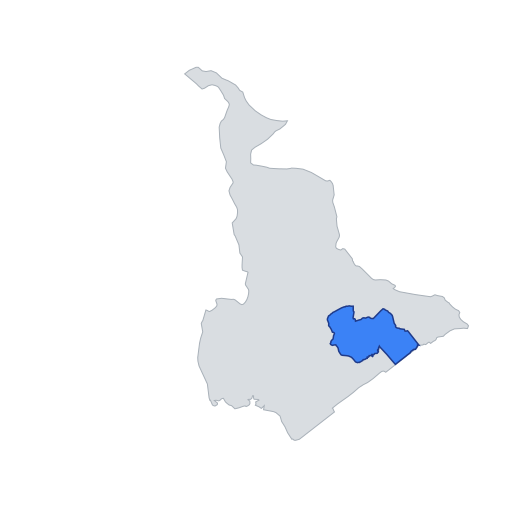 location of Haut-Nyong, Est, Cameroon, rotated 322°
{"feature_id": "32672807B24706785822934", "entity_name": "Haut-Nyong", "entity_type": "district", "adm_level": 2, "iso_a3": "CMR", "parent_name": "Cameroon", "parent_adm1": "Est", "projection": "albers", "projection_center": [13.641, 3.366], "detail": "fine", "context": "in_parent", "style": "filled", "palette": "blue", "viewbox_px": 512, "rotation_deg": 322, "n_neighbors": 0, "source": "geoboundaries", "source_scale": "gbopen_adm2", "svg_char_len": 6167}
<svg xmlns="http://www.w3.org/2000/svg" viewBox="0 0 512 512"><g transform="rotate(322 256 256)"><path d="M130.8,341.4L131.7,338.9L138.9,326.9L143.4,307.6L145.5,303.1L147.6,300.1L157.9,289.9L161.8,286.7L167.3,283.0L171.3,275.5L172.7,274.7L174.4,274.1L183.3,267.7L184.1,269.0L184.7,270.5L185.3,271.2L188.2,271.7L192.1,271.7L194.4,271.2L195.6,270.0L196.8,266.4L197.6,265.8L198.5,265.6L202.8,268.1L209.9,275.1L211.7,276.3L212.5,277.7L214.0,284.0L214.9,285.6L216.4,286.2L219.2,285.8L222.0,284.7L224.6,283.1L227.1,281.0L228.8,279.1L229.5,277.7L229.9,272.5L230.4,271.4L239.7,263.9L239.5,263.2L238.0,261.1L236.6,258.8L238.0,256.4L239.4,254.6L244.8,248.4L245.1,243.8L249.4,236.7L251.9,227.4L252.0,225.6L257.6,215.3L263.4,214.3L265.7,212.9L268.3,210.3L270.0,208.0L270.8,205.7L271.4,201.4L272.4,196.4L273.1,192.0L274.8,188.0L277.8,186.0L282.9,184.3L283.6,183.5L284.4,180.8L285.1,171.9L286.0,168.0L290.7,163.5L292.8,156.6L294.7,149.3L300.1,140.6L306.3,131.8L309.3,129.5L311.7,128.4L314.5,128.3L316.5,127.6L323.2,123.3L326.1,121.8L328.2,120.3L328.7,119.0L328.9,117.1L328.2,112.6L329.4,109.3L330.0,104.1L330.3,100.2L330.1,98.8L328.8,96.5L326.8,94.0L323.4,92.5L318.8,92.1L316.3,91.2L315.4,86.6L315.1,83.7L311.9,68.6L317.8,68.6L324.9,70.4L326.7,71.8L327.6,77.0L330.2,79.9L334.7,82.3L337.5,87.3L338.6,94.9L341.1,99.4L341.7,100.2L345.2,108.7L345.4,112.7L345.1,115.4L346.5,118.7L344.4,124.3L343.7,127.8L343.5,132.7L344.8,141.2L346.9,147.9L349.2,153.2L351.6,157.4L355.7,162.0L360.0,166.2L364.0,168.8L360.3,170.4L353.1,170.6L348.9,169.7L347.0,169.7L345.0,170.3L337.2,171.1L329.5,170.7L322.2,169.7L317.8,169.8L314.5,172.4L311.7,176.2L309.1,179.3L310.0,182.7L312.0,184.5L315.7,188.6L319.1,192.6L320.8,195.3L327.5,201.2L333.9,206.4L337.0,208.2L338.1,208.6L341.6,211.6L346.5,216.5L351.0,224.2L357.2,239.7L358.6,241.0L360.8,241.8L361.0,243.5L360.9,245.9L360.2,247.9L355.2,256.0L350.8,259.1L349.5,261.0L347.9,265.7L343.9,274.9L342.2,276.2L338.2,282.4L335.0,290.3L334.2,291.5L332.9,292.5L328.3,294.5L326.8,295.4L324.4,297.9L324.1,299.5L325.2,301.8L326.5,303.5L328.9,303.6L330.2,305.2L330.2,317.4L329.1,319.3L329.2,320.1L328.6,322.2L328.5,324.5L328.8,325.5L329.7,326.2L331.0,327.9L331.7,331.6L333.3,344.8L334.0,346.9L335.3,348.4L339.4,351.2L343.6,354.9L345.0,357.4L345.8,361.4L347.4,364.5L347.4,365.6L346.7,366.0L344.0,366.2L344.9,368.5L347.1,372.5L358.0,384.7L368.5,395.6L370.9,396.3L372.8,396.6L373.5,397.2L374.5,398.8L378.0,402.7L378.6,405.0L377.9,407.2L378.7,410.6L379.3,411.9L379.1,413.0L379.5,417.1L380.4,420.7L382.0,423.8L381.8,426.0L379.8,427.2L378.6,429.2L378.3,432.0L378.9,435.4L380.5,439.5L380.5,441.8L378.0,443.4L375.2,440.7L372.1,438.8L367.5,435.6L362.8,434.4L356.8,434.2L354.2,434.6L349.7,432.0L348.3,431.6L346.3,432.7L344.9,432.8L343.2,432.4L339.8,432.4L339.4,430.5L338.8,430.2L335.2,430.3L334.0,428.8L333.5,429.0L332.1,428.5L329.1,426.3L325.9,427.7L319.4,427.5L286.7,427.5L285.9,425.4L284.2,424.4L281.3,424.3L272.6,424.7L265.9,424.4L261.5,423.5L255.9,423.0L249.0,423.4L242.0,423.4L229.4,422.8L222.5,422.9L222.6,424.1L222.2,425.0L221.8,427.2L177.3,427.1L173.7,425.6L172.6,424.6L172.3,422.8L171.4,422.5L172.1,414.8L173.7,408.3L174.3,402.3L176.4,397.0L175.3,391.7L174.0,389.4L167.3,381.8L170.4,379.0L166.4,379.4L165.5,376.6L163.6,373.2L164.8,372.7L165.9,370.8L169.6,371.4L169.5,370.5L166.3,367.7L166.7,366.3L168.0,364.7L167.3,364.0L165.0,365.6L163.4,365.6L162.1,364.5L161.2,364.3L161.8,366.5L160.5,368.4L159.3,369.1L157.2,369.0L155.5,368.5L155.1,367.4L153.5,366.6L149.0,365.1L145.3,363.4L144.6,358.8L143.1,356.9L142.5,354.6L142.1,352.1L142.7,348.1L141.7,347.5L140.6,347.3L139.0,347.5L137.5,347.3L135.8,345.1L134.2,344.2L135.1,348.2L134.0,349.3L131.3,349.0L130.2,347.5L130.0,346.4L131.3,341.5L130.8,341.4Z" fill="#d9dde1" stroke="#a8b0b8" stroke-width="1"/><path d="M270.3,356.5L270.5,357.2L270.1,360.3L269.3,363.1L270.1,363.9L270.3,364.8L270.0,365.5L268.1,366.5L265.7,368.8L263.8,369.0L262.5,369.4L261.6,370.4L260.6,370.7L260.4,371.7L261.1,373.4L262.8,374.2L264.2,375.1L264.0,376.0L264.2,377.2L264.0,379.1L262.9,381.3L262.5,382.3L262.5,382.5L262.3,384.4L262.2,385.7L262.2,386.3L262.8,387.3L266.0,390.3L267.4,391.8L268.9,394.6L269.2,397.4L269.2,400.7L270.3,402.5L271.0,402.7L271.8,403.5L272.4,403.4L273.0,403.8L274.3,403.8L275.8,404.1L276.6,403.6L278.0,404.5L279.9,404.7L280.6,405.1L280.9,404.6L281.5,404.1L282.3,404.9L283.4,404.7L283.8,404.2L285.1,405.1L285.6,405.7L286.0,407.0L286.6,406.8L286.0,405.3L286.1,405.1L286.7,404.9L287.5,405.7L288.4,406.3L289.4,405.9L291.6,407.3L292.3,407.1L293.4,406.9L293.8,406.4L293.4,405.6L293.8,405.1L294.5,405.2L294.5,404.7L295.0,404.6L295.6,404.7L296.3,403.6L297.4,403.2L297.7,403.0L297.6,404.1L297.9,407.1L298.3,411.9L298.5,413.8L298.8,421.8L299.1,427.2L299.3,427.2L300.1,427.2L303.4,427.2L304.9,427.2L305.4,427.1L305.9,427.2L307.6,427.2L309.4,427.2L309.6,427.2L310.3,427.2L310.8,427.2L311.7,427.2L313.0,427.2L314.3,427.1L315.7,427.2L315.8,427.2L316.0,427.2L318.1,427.2L318.4,427.1L318.6,426.9L318.9,426.7L319.1,426.7L319.3,426.6L319.8,426.6L320.2,426.5L321.0,426.7L321.6,426.8L321.9,426.7L322.7,426.8L322.7,426.7L323.1,426.8L323.5,427.1L323.7,427.3L323.9,427.5L324.1,427.7L324.3,427.7L324.5,427.6L326.2,427.0L327.3,426.6L327.8,426.4L328.0,426.3L328.3,425.8L328.7,426.1L328.9,426.1L329.1,425.9L329.3,425.9L329.5,426.2L329.5,409.6L329.4,408.2L328.0,407.6L327.2,406.9L327.7,405.1L325.4,402.8L324.5,401.8L324.3,400.9L323.4,400.3L322.5,398.9L322.4,397.7L323.2,396.9L323.3,396.5L323.5,394.0L324.2,392.5L326.2,388.2L326.8,386.6L326.6,384.0L325.8,382.1L325.9,380.4L324.6,378.1L324.6,377.2L323.6,375.8L320.5,376.0L318.5,376.3L313.5,377.0L310.0,377.5L308.5,376.3L307.8,375.3L307.8,374.3L307.0,373.3L306.1,372.9L304.1,372.4L303.5,371.7L302.8,371.0L302.6,370.9L301.7,370.5L299.6,370.7L297.6,369.8L294.3,368.6L294.9,367.6L295.2,366.7L295.0,366.0L294.1,365.5L294.4,364.5L298.8,360.4L298.7,359.7L298.9,359.2L299.1,358.8L301.7,355.4L300.1,354.2L298.8,352.7L297.1,351.9L296.1,351.0L294.8,350.9L294.3,350.4L293.7,350.2L291.3,349.5L286.6,348.7L283.4,348.2L281.9,347.8L280.3,348.0L279.2,347.8L277.7,348.1L276.5,347.9L276.3,347.9L273.7,349.4L272.9,350.3L272.5,351.8L271.8,354.0L270.5,355.4L270.3,356.5Z" fill="#3b82f6" stroke="#1e3a8a" stroke-width="1.5"/></g></svg>